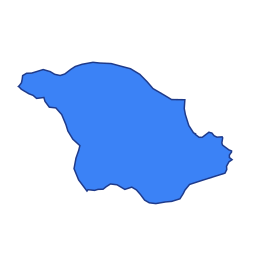 the district of Jongphyong, Hamgyŏng-namdo, North Korea, rotated 342°
{"feature_id": "82179303B98077140175950", "entity_name": "Jongphyong", "entity_type": "district", "adm_level": 2, "iso_a3": "PRK", "parent_name": "North Korea", "parent_adm1": "Hamgyŏng-namdo", "projection": "albers", "projection_center": [127.328, 39.697], "detail": "fine", "context": "isolated", "style": "filled", "palette": "blue", "viewbox_px": 256, "rotation_deg": 342, "n_neighbors": 0, "source": "geoboundaries", "source_scale": "gbopen_adm2", "svg_char_len": 1305}
<svg xmlns="http://www.w3.org/2000/svg" viewBox="0 0 256 256"><g transform="rotate(342 128 128)"><path d="M44.0,45.6L42.3,49.2L40.6,52.1L38.1,53.9L36.6,54.7L37.2,55.3L38.4,58.0L40.7,60.7L44.3,64.8L47.8,67.6L50.2,71.6L57.4,73.0L57.3,77.1L59.6,83.9L65.6,86.6L69.1,94.7L70.0,105.5L69.9,112.3L72.1,121.7L76.8,129.9L74.3,133.9L69.2,140.6L64.1,150.0L65.0,162.1L69.5,175.3L70.9,174.3L76.9,177.0L80.5,177.1L85.4,178.5L89.1,177.1L94.0,175.8L100.0,178.6L102.4,181.3L106.0,185.4L108.4,185.4L113.3,185.4L116.9,189.5L119.2,194.9L121.5,201.7L125.1,205.7L131.1,208.5L140.8,209.9L146.9,211.3L155.5,211.4L160.4,207.3L162.9,204.7L169.1,200.7L175.2,200.7L183.8,200.7L194.7,200.8L206.3,200.9L209.1,198.0L209.9,194.8L213.5,191.4L217.2,190.3L215.3,187.4L216.1,185.0L219.0,182.9L219.4,181.8L217.2,180.0L212.6,173.5L212.6,171.3L215.0,166.6L214.8,165.5L209.8,164.2L207.5,162.0L206.2,158.7L204.0,157.3L203.7,157.0L195.7,159.8L192.7,158.8L190.0,154.8L190.4,154.4L188.8,152.8L186.6,144.5L186.6,142.2L186.7,132.9L187.5,126.9L190.8,118.7L178.2,114.4L172.3,107.6L163.9,98.2L160.5,90.0L155.8,80.6L148.7,72.4L140.3,67.0L131.9,61.5L121.0,57.4L115.0,54.7L104.1,53.2L96.8,53.2L91.9,54.5L84.6,57.1L79.7,57.1L74.9,54.3L71.4,50.3L65.4,46.2L58.1,46.1L53.2,46.0L48.4,44.6L44.0,45.6Z" fill="#3b82f6" stroke="#1e3a8a" stroke-width="1.5"/></g></svg>